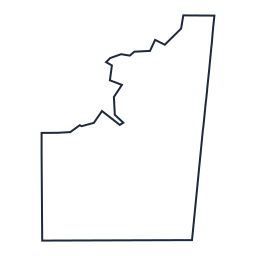 Lowndes, Mississippi, United States of America (Albers equal-area conic projection)
{"feature_id": "52423323B34772057373171", "entity_name": "Lowndes", "entity_type": "district", "adm_level": 2, "iso_a3": "USA", "parent_name": "United States of America", "parent_adm1": "Mississippi", "projection": "albers", "projection_center": [-88.419, 33.516], "detail": "fine", "context": "isolated", "style": "outline", "palette": "slate", "viewbox_px": 256, "rotation_deg": 0, "n_neighbors": 0, "source": "geoboundaries", "source_scale": "gbopen_adm2", "svg_char_len": 668}
<svg xmlns="http://www.w3.org/2000/svg" viewBox="0 0 256 256"><path d="M42.2,240.6L192.0,240.1L192.7,233.2L197.4,185.6L202.9,129.9L203.2,127.9L204.1,119.3L205.9,101.2L206.1,100.2L206.3,98.2L206.7,94.2L207.1,90.8L207.1,89.7L209.2,69.5L211.4,46.5L211.5,46.2L212.1,39.8L212.2,38.3L213.1,28.1L214.4,15.6L183.3,15.4L181.1,28.6L164.8,44.7L155.1,39.9L150.0,50.9L134.3,51.7L129.8,55.6L121.1,54.2L110.1,58.1L106.1,62.2L111.9,65.4L109.9,80.3L121.9,84.9L113.9,97.0L114.8,114.8L123.3,122.7L119.8,124.9L101.9,111.0L100.6,113.1L93.8,122.9L81.5,126.2L79.8,125.2L70.3,132.1L57.6,132.8L41.6,132.9L41.6,154.2L41.8,183.1L42.2,240.6Z" fill="none" stroke="#1e293b" stroke-width="2"/></svg>